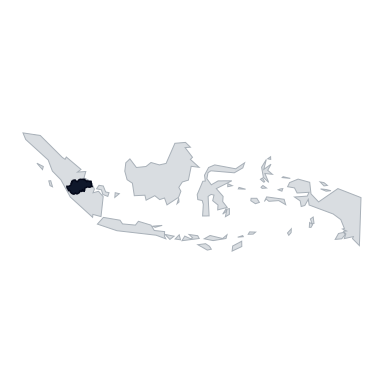 Jambi highlighted on a map of Indonesia
{"feature_id": "IDN-1930", "entity_name": "Jambi", "entity_type": "Province", "adm_level": 1, "iso_a3": "IDN", "parent_name": "Indonesia", "parent_adm1": "", "projection": "albers", "projection_center": [102.763, -1.764], "detail": "fine", "context": "in_parent", "style": "filled", "palette": "ink", "viewbox_px": 384, "rotation_deg": 0, "n_neighbors": 0, "source": "natural_earth", "source_scale": "10m", "svg_char_len": 6239}
<svg xmlns="http://www.w3.org/2000/svg" viewBox="0 0 384 384"><path d="M129.9,158.9L136.4,167.5L146.0,166.5L151.0,162.5L159.4,164.9L166.1,163.4L174.9,143.3L185.5,142.4L190.4,147.2L185.1,147.6L192.5,157.3L190.4,159.4L199.1,167.3L191.2,166.3L188.4,180.1L182.3,182.0L178.8,187.4L180.9,191.2L178.6,197.3L167.0,204.9L164.5,198.0L159.7,199.6L154.8,195.7L146.1,200.2L144.9,195.2L134.3,195.7L132.4,183.2L127.1,179.7L124.8,171.2L125.8,162.8L129.9,158.9ZM23.0,132.9L40.3,135.5L62.4,157.5L65.1,159.3L66.3,157.0L81.0,169.4L77.5,172.1L85.8,171.5L84.0,177.9L90.8,181.3L94.4,189.1L93.0,192.8L98.5,191.3L103.2,196.6L101.0,216.6L92.9,214.4L92.6,217.3L70.3,197.0L60.9,179.8L52.4,171.1L48.2,160.0L25.7,139.5L23.0,132.9ZM361.0,197.6L359.4,245.6L352.5,238.6L353.4,236.6L344.3,238.6L345.9,233.9L343.5,231.3L344.3,231.0L345.8,231.2L346.6,231.0L342.5,229.0L344.4,228.5L340.8,219.6L333.2,214.0L309.1,205.0L308.3,199.3L304.8,205.5L301.2,206.5L300.2,200.9L294.5,197.0L307.3,196.1L309.0,192.3L297.1,193.0L294.5,187.9L287.6,186.7L289.6,182.6L298.1,179.1L309.7,182.3L311.0,193.9L318.6,201.9L337.9,188.6L361.0,197.6ZM242.8,167.9L234.3,172.8L210.9,170.8L208.0,172.7L206.9,178.7L211.3,184.8L218.1,180.9L231.8,180.8L216.3,188.6L223.1,196.4L222.7,201.6L227.2,207.4L217.7,209.9L218.0,205.0L212.7,200.7L214.0,195.1L211.1,194.4L208.1,196.4L209.1,215.9L202.6,216.0L203.3,204.4L202.2,200.5L197.8,199.6L197.2,194.6L202.8,181.3L205.3,181.0L204.5,175.2L208.6,167.5L214.7,164.9L235.7,168.8L244.6,162.8L242.8,167.9ZM103.4,217.4L120.0,220.2L122.5,223.9L135.4,225.1L138.4,221.3L150.9,225.1L154.3,230.5L164.6,231.6L164.4,236.1L165.8,238.8L156.1,235.2L116.9,230.7L97.4,224.1L103.4,217.4ZM263.8,169.4L271.0,164.2L267.7,170.3L272.4,174.3L264.9,173.5L268.7,182.4L263.4,177.4L261.6,167.2L266.3,159.5L263.8,169.4ZM266.7,196.9L284.1,199.3L285.7,204.7L278.7,200.6L268.9,201.3L266.1,199.0L264.4,201.5L266.7,196.9ZM226.0,238.5L213.1,240.6L204.2,238.8L210.1,235.5L222.6,238.5L227.0,234.8L226.0,238.5ZM189.1,234.5L197.7,235.7L199.2,238.5L182.0,240.7L184.8,236.1L190.7,238.8L192.6,237.8L189.1,234.5ZM241.7,241.2L241.8,246.5L232.1,251.1L232.7,246.0L241.7,241.2ZM103.3,186.0L105.6,191.9L109.0,192.7L107.8,196.4L102.9,194.5L101.4,189.8L96.5,188.8L99.0,185.3L103.3,186.0ZM341.7,238.8L335.2,239.4L338.5,233.5L343.6,232.4L345.1,234.7L341.7,238.8ZM205.6,243.7L209.5,246.3L211.3,249.2L207.3,250.1L197.8,244.7L205.6,243.7ZM256.8,198.3L259.4,202.4L255.4,203.7L250.8,200.7L251.1,198.3L256.8,198.3ZM165.0,234.4L174.1,236.2L169.9,239.4L165.0,234.4ZM179.2,234.8L180.5,239.8L175.1,239.0L179.2,234.8ZM119.3,193.7L114.8,197.4L115.2,192.7L119.3,193.7ZM313.2,217.0L314.0,223.4L312.0,223.6L310.4,219.0L313.2,217.0ZM162.2,225.4L155.2,227.3L152.3,226.2L162.2,225.4ZM229.4,208.6L229.4,214.4L225.4,216.7L227.0,209.1L229.4,208.6ZM36.9,163.2L43.3,166.5L42.5,169.6L36.9,163.2ZM52.5,186.8L50.0,185.6L48.8,180.9L50.7,180.7L52.5,186.8ZM288.8,235.3L287.5,233.0L291.3,228.8L291.1,232.6L288.8,235.3ZM283.1,176.7L290.3,178.4L282.2,177.6L283.1,176.7ZM239.0,187.4L245.6,189.2L238.3,188.9L239.0,187.4ZM226.3,211.4L222.7,214.2L225.9,209.0L226.3,211.4ZM320.1,181.9L323.9,182.6L327.4,185.4L324.0,185.9L320.1,181.9ZM255.6,232.1L253.2,234.1L248.2,234.3L249.6,231.9L255.6,232.1ZM312.7,224.5L311.0,227.4L309.3,227.3L309.6,222.5L312.7,224.5ZM266.5,188.0L262.2,188.4L261.0,187.3L262.9,185.5L266.5,188.0ZM320.6,188.9L326.0,189.5L331.0,190.7L326.1,191.2L320.6,188.9ZM227.9,183.7L232.3,185.7L227.7,186.7L227.9,183.7ZM270.7,159.4L267.7,158.8L270.6,156.7L270.7,159.4ZM237.7,237.2L242.7,235.6L243.3,236.7L237.7,237.2ZM282.8,188.6L281.9,191.2L278.2,189.8L280.1,189.0L282.8,188.6ZM179.0,202.0L177.0,203.8L178.7,198.2L179.0,202.0ZM262.4,178.0L264.7,181.7L263.8,182.2L260.4,179.3L262.4,178.0Z" fill="#d9dde1" stroke="#a8b0b8" stroke-width="1"/><path d="M84.0,179.2L84.3,179.3L84.2,179.4L84.1,179.6L84.4,179.6L84.5,179.6L84.8,179.8L84.9,180.0L85.0,180.1L85.2,180.3L85.3,180.3L85.5,180.4L85.5,180.5L85.9,180.7L86.0,180.7L86.2,180.9L86.3,181.0L86.6,181.0L86.9,181.5L87.0,181.3L87.1,181.1L87.3,181.0L87.8,180.9L88.3,181.1L88.5,181.2L89.0,181.3L89.6,181.5L89.8,181.6L90.1,181.5L90.1,181.4L90.5,181.3L91.0,181.3L91.2,182.0L91.1,182.5L91.2,183.0L91.5,183.3L91.5,183.8L91.5,185.0L91.6,185.3L91.7,185.6L92.0,186.1L92.1,186.5L91.9,186.5L91.5,186.3L91.3,186.2L91.2,186.1L91.0,186.3L90.8,186.8L90.7,186.9L90.5,187.0L89.9,187.2L89.5,187.2L89.1,187.2L87.9,186.9L87.6,186.9L87.3,186.9L84.7,188.2L84.6,188.3L84.6,189.3L84.6,189.5L84.8,189.8L84.8,190.0L84.7,190.1L84.3,190.1L84.2,190.2L84.1,190.3L84.1,190.5L84.2,190.8L84.2,191.0L84.2,191.3L83.9,191.3L83.0,190.5L83.0,190.4L82.9,190.2L82.7,189.9L82.5,189.7L82.4,189.8L82.2,190.1L82.1,190.3L82.0,190.5L82.2,190.8L82.3,190.9L82.3,191.0L82.2,191.2L81.8,191.3L81.7,191.4L81.1,191.1L80.9,191.2L80.7,191.2L80.4,191.1L80.2,191.1L79.9,191.0L79.7,191.1L79.6,191.4L79.6,191.5L79.8,191.7L79.8,191.8L79.3,192.6L79.2,192.7L79.0,192.8L78.9,192.9L78.7,192.9L78.6,193.0L78.4,193.1L78.1,193.3L77.9,193.5L77.7,193.7L77.2,193.8L76.9,193.8L76.7,193.8L76.5,193.7L76.3,193.7L76.0,193.4L75.6,193.3L75.3,193.1L75.1,193.5L74.7,193.7L74.6,193.8L74.3,193.9L74.2,193.9L73.9,194.2L73.7,194.1L73.4,194.0L73.1,193.9L72.8,193.9L72.7,193.9L72.5,193.7L72.4,193.6L72.2,193.6L71.7,193.3L71.5,193.1L71.2,192.9L71.1,192.6L70.8,192.4L70.7,192.2L70.4,191.9L70.2,191.8L70.0,191.0L69.9,190.8L69.9,190.7L69.7,190.6L69.4,190.3L69.3,190.2L69.2,190.2L68.5,190.6L68.2,189.8L67.9,189.0L67.8,188.9L67.5,188.6L67.4,188.4L67.3,188.2L67.1,187.8L67.0,187.4L66.9,187.0L66.9,186.3L67.1,186.3L67.3,186.3L67.5,186.4L69.0,186.2L69.1,186.3L69.3,186.3L69.5,186.2L69.7,185.9L69.9,185.8L70.1,185.5L70.7,185.1L70.9,184.9L71.0,184.7L71.1,184.4L71.1,184.0L71.0,183.5L71.0,183.3L71.0,183.2L71.3,183.1L71.5,183.0L71.7,182.9L71.9,182.8L72.1,182.6L72.2,182.4L72.2,182.2L71.9,182.1L71.8,181.9L71.8,181.7L71.7,181.3L72.5,181.0L72.7,180.9L72.8,180.7L73.1,180.4L73.2,180.2L73.3,180.2L73.5,180.2L73.9,180.2L74.3,180.1L74.6,180.0L74.8,180.0L75.2,180.1L75.3,180.1L75.4,180.4L75.5,180.5L75.9,180.8L76.0,181.0L76.3,181.2L76.4,181.3L76.5,181.4L76.6,181.5L77.4,181.7L77.6,181.6L77.8,181.1L78.1,180.9L78.2,180.7L78.3,180.5L78.4,180.4L78.5,180.3L78.7,180.1L78.8,180.1L79.1,179.7L79.3,179.6L80.2,179.3L80.5,179.3L81.5,179.4L84.0,179.2L84.0,179.2Z" fill="#0f172a" stroke="#020617" stroke-width="1.5"/></svg>